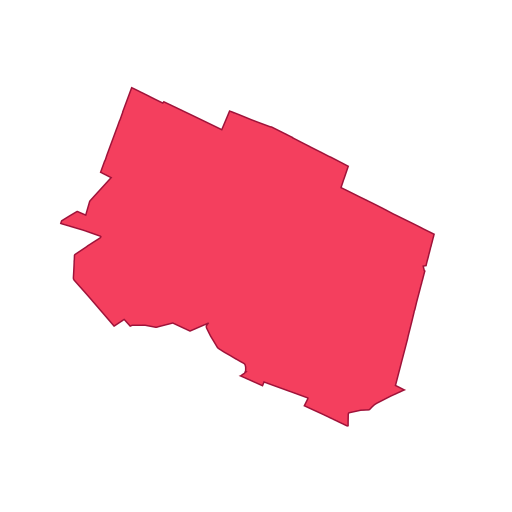 outline of Comana, Constanta, Romania, rotated 205°
{"feature_id": "2599482B35418579984246", "entity_name": "Comana", "entity_type": "district", "adm_level": 2, "iso_a3": "ROU", "parent_name": "Romania", "parent_adm1": "Constanta", "projection": "natural_earth1", "projection_center": [28.343, 43.896], "detail": "fine", "context": "isolated", "style": "filled", "palette": "rose", "viewbox_px": 512, "rotation_deg": 205, "n_neighbors": 0, "source": "geoboundaries", "source_scale": "gbopen_adm2", "svg_char_len": 3556}
<svg xmlns="http://www.w3.org/2000/svg" viewBox="0 0 512 512"><g transform="rotate(205 256 256)"><path d="M446.7,203.0L444.2,203.3L423.6,206.4L405.3,208.2L404.8,208.0L404.7,207.3L404.9,206.6L406.2,204.5L409.4,199.5L413.0,193.8L413.2,193.2L415.2,189.9L418.2,185.0L419.8,182.3L420.2,181.7L420.4,181.3L420.7,180.8L420.8,180.4L420.8,180.0L420.8,179.9L420.3,178.7L419.7,177.3L419.1,175.9L418.6,174.4L418.2,173.6L415.7,167.6L414.1,163.6L412.3,159.1L411.8,158.2L411.7,158.2L410.8,157.4L410.7,157.3L401.0,153.1L391.3,148.9L355.0,132.5L354.6,133.1L348.7,142.8L348.4,142.7L340.4,139.3L338.9,140.9L328.9,145.6L327.2,146.4L316.6,149.1L316.4,149.2L315.4,149.9L314.8,150.5L310.8,153.8L303.1,160.1L295.4,160.1L284.1,160.1L270.6,175.3L271.1,174.2L271.3,173.0L271.5,171.7L271.0,170.6L270.3,169.8L266.7,166.9L263.4,164.3L257.0,160.0L252.3,156.8L251.2,156.4L249.3,156.1L244.0,155.4L237.3,154.9L230.9,154.2L230.9,154.3L225.6,153.8L222.1,153.6L220.9,153.4L220.0,152.9L218.5,151.1L217.5,149.0L216.7,147.1L216.9,146.8L216.8,146.7L216.1,146.8L216.7,145.8L216.8,145.6L216.8,145.3L217.0,144.5L217.5,143.9L218.5,142.2L218.6,141.9L219.2,140.9L219.3,140.8L195.3,141.2L195.5,145.2L195.4,145.2L149.0,149.3L148.9,149.2L148.7,148.4L148.9,140.7L142.9,140.7L129.6,140.8L101.9,140.5L101.0,140.8L100.8,141.1L102.2,144.1L103.8,147.7L105.4,151.3L105.7,152.5L105.6,152.8L105.5,153.1L105.4,153.2L105.1,153.5L95.9,160.5L93.4,161.8L90.2,163.5L88.8,164.2L88.5,164.6L88.2,164.8L87.3,167.5L87.0,168.4L85.8,171.3L84.4,173.5L81.9,176.7L78.5,181.1L74.6,186.1L66.5,195.6L65.0,197.3L65.5,197.3L70.6,197.5L74.9,197.6L79.1,220.3L79.1,220.2L81.3,232.4L83.6,244.9L84.2,247.4L85.9,256.3L86.8,260.9L86.8,261.0L89.0,271.9L89.3,272.7L89.3,273.1L89.3,273.3L89.4,274.5L90.2,278.4L91.0,282.3L92.5,290.6L93.2,294.5L93.9,298.2L94.0,298.8L94.2,299.8L94.3,300.8L94.5,301.7L94.8,303.1L95.1,305.2L95.2,305.4L95.3,306.3L95.4,306.8L95.5,307.1L95.8,308.9L96.5,312.7L96.6,313.7L97.4,313.9L97.9,314.6L99.1,316.1L100.2,317.5L97.8,319.2L97.9,319.4L98.4,321.9L98.4,322.0L98.6,322.8L99.0,325.2L99.6,328.6L100.0,330.4L100.3,332.2L100.9,335.4L101.4,337.8L101.5,338.8L101.6,339.4L101.7,339.8L101.8,340.1L102.3,343.1L102.7,345.1L102.8,345.6L103.1,347.2L103.1,347.3L103.5,349.6L103.7,350.2L103.7,350.4L103.8,350.7L103.8,350.9L103.8,351.0L116.4,351.3L117.5,351.4L127.3,351.7L136.9,351.9L141.7,352.0L146.5,352.1L148.9,352.1L162.5,352.8L163.2,352.8L169.6,353.0L170.0,353.0L172.9,353.1L173.4,353.1L188.3,353.4L207.8,353.9L207.9,354.2L208.5,359.5L208.8,361.8L208.9,363.2L209.0,364.2L209.1,365.2L209.9,372.5L210.3,376.3L210.5,376.3L223.3,376.9L228.1,377.1L230.2,377.2L230.9,377.1L231.7,377.1L233.0,377.1L234.9,377.2L235.7,377.2L237.1,377.3L239.7,377.4L246.4,377.6L252.5,377.8L262.9,378.2L263.3,378.2L272.8,378.6L272.9,378.8L279.1,379.0L296.4,379.5L297.8,379.1L310.0,378.1L314.1,377.8L318.2,377.5L323.0,377.3L331.3,376.9L337.9,376.5L337.8,376.4L338.7,376.4L341.2,376.2L341.0,371.8L340.4,356.0L352.2,356.2L373.0,356.5L404.7,356.8L405.1,355.2L415.0,355.4L427.5,355.8L430.0,355.8L431.6,355.9L437.0,356.0L439.8,356.0L437.7,330.2L437.5,329.8L437.2,326.1L437.1,325.6L437.0,324.2L436.8,322.4L436.8,321.9L436.8,320.5L436.2,314.2L436.1,312.4L435.8,309.0L435.8,308.9L434.9,298.1L434.8,296.8L434.4,291.9L433.8,284.7L433.5,282.1L433.4,281.5L433.1,278.5L433.2,278.3L433.3,278.2L432.9,273.8L432.6,270.3L432.2,266.2L420.5,265.8L420.4,265.8L429.7,236.0L429.8,235.1L427.6,221.1L427.9,221.1L431.4,221.0L434.6,220.9L435.7,220.9L436.9,220.8L437.9,219.4L442.0,213.4L447.0,205.8L446.9,204.3L446.7,203.0Z" fill="#f43f5e" stroke="#9f1239" stroke-width="1.5"/></g></svg>